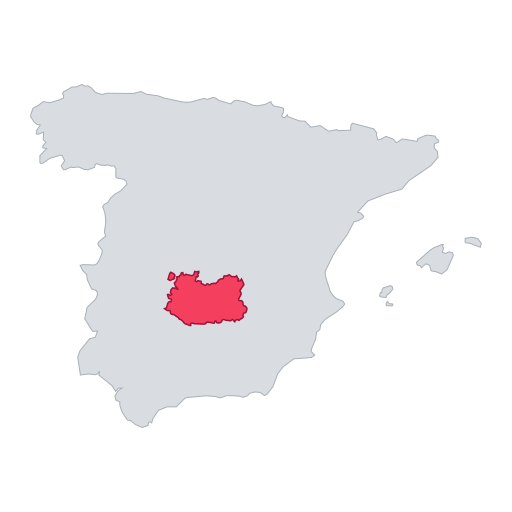 where Ciudad Real sits in Spain
{"feature_id": "ESP-5816", "entity_name": "Ciudad Real", "entity_type": "Autonomous Community", "adm_level": 1, "iso_a3": "ESP", "parent_name": "Spain", "parent_adm1": "", "projection": "albers", "projection_center": [-4.048, 38.963], "detail": "fine", "context": "in_parent", "style": "filled", "palette": "rose", "viewbox_px": 512, "rotation_deg": 0, "n_neighbors": 0, "source": "natural_earth", "source_scale": "10m", "svg_char_len": 7897}
<svg xmlns="http://www.w3.org/2000/svg" viewBox="0 0 512 512"><path d="M271.0,101.6L271.1,103.1L273.8,106.0L281.6,107.5L283.6,108.6L283.3,112.7L281.5,116.1L283.3,117.6L285.1,117.5L287.3,114.7L287.9,116.5L291.5,118.0L299.4,120.9L304.9,121.2L310.9,127.2L320.2,125.6L328.8,131.3L336.6,129.6L338.4,130.7L350.6,130.2L351.0,125.3L352.4,123.2L373.9,128.9L376.7,132.9L376.4,135.0L377.8,139.8L380.6,139.4L386.0,136.4L393.5,139.3L395.6,142.2L397.1,142.3L402.4,138.9L417.3,141.4L417.7,139.1L418.7,138.3L424.7,135.8L427.3,135.1L435.2,136.1L436.4,138.8L438.0,139.7L438.8,142.0L434.4,143.8L434.2,148.0L437.3,151.3L438.1,157.3L430.8,165.7L408.9,180.7L401.9,189.1L385.0,194.2L367.7,201.1L357.6,212.2L360.4,212.9L363.8,216.3L362.8,218.0L358.3,220.7L354.1,221.6L347.0,235.0L336.8,249.0L333.1,255.2L325.2,271.3L325.3,275.8L330.2,291.3L332.8,295.3L336.4,298.6L343.0,301.2L344.7,304.0L342.6,306.9L336.3,312.1L325.3,319.2L320.7,324.6L319.8,329.7L316.6,332.1L315.6,339.1L311.4,349.1L311.2,351.7L314.8,355.1L311.4,357.5L293.7,358.9L283.0,366.9L277.7,373.8L273.0,386.6L267.1,394.2L264.4,395.6L260.2,392.4L254.9,392.0L249.9,393.2L247.3,395.8L243.2,397.3L239.1,396.1L230.4,395.6L226.5,395.7L220.4,397.9L215.2,396.5L206.3,395.8L187.3,397.5L184.9,398.3L176.3,406.8L167.0,406.9L158.6,410.2L152.9,418.5L151.7,422.9L150.1,421.8L148.8,422.2L148.0,425.5L142.2,427.5L135.7,424.7L130.3,420.4L127.5,420.1L123.0,413.6L121.1,409.4L119.8,405.0L119.8,401.9L115.8,400.0L114.9,395.9L118.0,390.8L122.0,388.0L118.3,388.1L115.6,391.4L112.3,385.9L98.8,375.0L99.6,371.2L97.3,374.0L95.6,374.7L88.6,374.0L80.4,375.0L77.7,357.0L80.0,350.7L89.5,338.8L95.2,337.3L97.6,331.1L92.5,331.2L84.7,318.7L87.2,307.4L95.6,299.2L97.1,295.8L97.5,292.7L96.0,290.4L91.6,289.0L87.4,279.9L86.6,274.3L83.0,271.0L80.1,265.4L82.9,264.6L94.3,265.0L97.1,263.6L99.3,260.0L101.7,253.9L102.3,250.2L98.0,244.8L97.9,243.6L98.6,241.9L105.6,236.1L104.4,231.7L105.8,222.4L105.4,217.0L104.8,212.5L102.6,206.7L104.2,204.4L107.8,202.5L110.8,197.8L115.0,194.0L120.5,191.0L127.0,184.3L126.0,181.2L123.9,179.3L116.2,177.8L115.7,176.4L116.0,168.9L114.1,165.8L111.3,166.1L107.0,164.7L106.0,165.5L100.5,165.1L96.8,163.6L95.1,164.7L94.6,167.3L88.1,169.8L84.5,169.5L78.7,167.0L72.0,167.5L71.2,166.9L65.3,169.7L63.4,169.7L61.2,165.9L64.6,160.7L62.1,155.5L60.3,155.2L49.6,158.4L43.2,163.0L40.7,163.5L39.9,162.6L39.9,155.6L46.7,148.5L42.7,147.8L43.0,145.7L45.8,142.4L43.2,139.7L43.6,132.2L37.8,134.3L36.3,133.9L36.4,130.9L40.3,125.1L36.6,124.2L33.9,121.8L30.7,116.7L30.9,114.1L33.1,108.1L38.2,105.5L43.2,101.6L49.9,102.7L60.0,99.7L63.5,98.0L63.6,95.5L62.5,93.5L63.6,91.8L71.9,87.1L76.8,86.8L81.8,84.5L85.1,86.2L88.0,85.8L91.3,87.8L95.5,92.5L101.9,94.5L107.1,93.2L133.4,93.5L140.9,91.5L146.7,94.3L157.9,95.8L164.6,98.2L183.3,102.1L190.0,102.2L203.7,98.5L207.4,99.4L212.8,97.5L215.4,97.9L218.8,100.5L230.8,103.9L233.9,100.9L236.3,100.2L244.9,101.9L253.6,105.5L258.2,105.7L264.8,104.5L271.0,101.6ZM442.3,252.3L445.6,253.5L448.9,251.9L450.8,252.2L452.6,252.8L453.3,255.5L447.0,269.8L441.5,274.0L435.4,271.5L431.9,271.1L430.8,270.0L429.7,265.7L428.0,264.4L425.7,263.9L421.4,267.7L419.9,265.5L417.6,265.2L416.7,263.9L416.6,262.1L429.9,250.4L433.7,247.8L442.1,244.4L443.4,244.7L442.4,246.4L443.7,247.8L442.3,252.3ZM481.3,243.4L480.3,247.3L469.5,243.2L466.0,242.9L465.1,242.2L465.2,238.3L472.0,237.2L477.8,238.6L481.3,243.4ZM387.1,294.7L386.0,297.5L380.7,296.9L379.5,295.8L380.4,292.7L381.9,292.2L381.9,290.1L383.3,287.8L390.6,285.6L392.4,286.9L392.8,289.1L388.7,294.0L387.1,294.7ZM392.8,305.3L392.1,305.9L386.4,305.7L386.1,303.9L387.2,301.4L389.4,303.7L392.7,304.0L392.8,305.3Z" fill="#d9dde1" stroke="#a8b0b8" stroke-width="1"/><path d="M243.1,282.5L243.9,284.6L239.8,290.6L241.0,292.8L241.1,293.5L241.1,294.2L238.7,299.0L238.6,299.6L239.0,300.4L239.8,300.7L241.4,300.6L242.7,301.8L243.2,304.8L243.8,305.8L245.6,306.3L246.7,307.8L246.9,308.5L246.9,309.4L246.1,311.9L245.7,312.6L244.0,313.1L243.6,313.5L243.3,313.9L242.8,315.3L243.5,316.5L243.2,317.1L242.8,317.5L242.7,317.7L242.0,318.3L241.4,318.6L241.1,318.8L240.1,319.3L239.9,319.5L239.6,319.8L239.5,320.0L239.4,320.0L239.2,320.1L239.1,320.3L238.8,320.3L238.4,320.1L238.1,319.9L237.8,319.8L237.4,319.7L236.9,319.7L236.5,319.8L235.9,320.1L235.2,320.6L235.0,320.8L235.0,321.4L234.9,321.6L234.8,321.8L234.5,321.6L234.0,321.1L233.2,319.9L232.9,319.6L232.7,319.5L232.4,319.5L231.4,320.1L230.9,320.6L230.5,320.8L230.0,320.8L228.9,320.5L226.5,320.4L225.8,320.2L225.2,320.0L224.5,319.7L224.1,319.6L223.6,319.6L222.8,319.7L222.3,320.0L222.0,320.3L221.9,320.6L221.8,320.9L221.8,321.2L221.6,321.5L221.1,322.1L220.3,322.6L219.4,322.9L219.0,323.0L218.6,323.0L218.0,323.0L216.8,322.7L216.6,322.5L216.5,322.2L216.4,321.9L216.3,321.6L216.2,321.3L216.0,321.1L215.6,321.0L215.2,321.1L214.8,321.3L214.7,321.7L214.6,322.7L214.4,322.9L214.2,323.1L213.8,323.2L213.4,323.2L211.6,322.8L210.9,322.7L210.0,322.3L209.7,322.3L209.2,322.5L208.6,322.3L208.3,322.1L207.9,322.1L207.3,322.1L206.9,322.3L206.3,322.6L206.1,323.0L205.8,323.6L205.1,323.9L203.9,324.1L194.1,323.7L192.8,323.2L192.1,323.1L191.4,323.2L191.1,323.2L190.8,323.5L190.7,323.8L190.7,325.5L190.2,325.5L189.8,325.5L187.5,324.6L187.1,324.5L186.2,324.2L184.7,323.5L184.3,323.2L184.0,322.8L183.3,321.9L182.3,320.8L181.4,320.0L180.9,319.8L180.5,319.4L180.0,319.3L179.7,319.3L179.4,319.2L179.1,319.0L178.8,318.6L178.7,318.2L178.4,317.8L177.2,316.8L176.6,316.6L175.9,316.2L175.8,315.9L175.5,315.6L175.1,315.3L173.7,314.6L173.3,314.5L172.6,314.5L172.1,314.4L171.6,314.2L170.9,313.7L170.5,313.2L170.4,312.8L170.3,312.1L170.3,311.8L170.2,311.1L170.1,310.8L169.8,310.6L168.8,310.6L168.4,310.7L167.6,310.6L166.5,310.1L164.5,308.6L165.0,308.4L165.4,308.3L165.7,308.3L165.9,308.3L166.1,308.2L166.4,307.7L166.8,306.8L167.6,303.8L167.8,303.3L168.3,302.4L168.6,302.1L168.8,301.9L169.1,301.7L169.4,301.6L169.8,301.6L170.7,301.7L171.0,301.7L171.3,300.5L171.5,299.9L171.4,299.4L171.1,299.1L170.2,298.9L168.8,298.5L168.6,298.3L168.5,298.0L168.4,297.7L168.3,297.3L168.3,297.0L168.3,296.7L168.2,296.6L167.8,296.2L167.8,295.9L167.7,295.6L167.6,295.3L167.5,294.9L167.5,294.7L167.8,294.4L168.1,294.3L168.4,294.4L168.7,294.5L169.5,295.0L170.1,295.3L170.5,295.2L170.8,295.1L171.6,294.6L171.7,294.3L171.6,293.9L171.4,293.7L170.8,293.3L170.6,293.1L170.5,292.6L170.5,292.0L170.9,290.2L171.1,289.7L171.2,289.4L171.5,289.2L171.9,288.7L172.2,288.4L172.4,288.1L172.6,287.9L172.9,287.9L173.5,288.1L173.8,288.1L174.1,288.1L174.7,288.0L175.3,288.1L175.6,288.2L175.9,288.4L177.1,289.0L177.7,289.1L177.3,288.3L176.3,287.1L175.9,286.8L175.7,286.5L175.7,286.3L175.1,285.2L174.5,283.6L174.4,283.2L174.4,282.8L174.6,282.4L174.9,282.3L175.3,282.2L175.6,282.0L175.9,281.6L176.4,280.0L177.0,279.1L177.1,278.3L176.6,276.9L179.1,276.7L179.3,276.0L179.7,275.5L180.3,275.0L180.9,274.8L181.0,273.7L181.3,273.0L181.9,272.6L182.8,272.6L183.2,274.6L183.6,275.0L184.0,275.3L184.4,275.4L184.8,275.2L185.0,275.0L185.2,274.6L185.4,274.4L185.7,274.3L191.9,275.7L193.6,274.8L194.8,271.4L196.0,271.9L198.8,271.4L198.8,271.8L198.9,272.7L198.8,273.0L198.4,273.4L198.0,273.5L197.6,273.8L197.5,274.3L197.6,274.6L198.0,275.1L198.2,275.5L198.1,275.9L198.0,276.3L197.5,276.9L196.2,276.7L195.8,278.8L195.3,280.2L195.2,280.6L195.4,281.0L196.2,281.6L196.6,281.7L196.9,281.6L197.7,280.7L201.1,281.3L201.3,283.6L203.5,284.4L204.4,285.2L205.6,285.4L206.5,284.3L207.1,283.9L207.7,283.8L209.2,284.9L209.7,284.9L211.2,283.8L214.3,283.2L215.4,283.6L218.0,281.6L218.3,280.3L220.7,278.9L222.6,278.9L223.1,278.6L223.4,278.0L223.9,276.3L224.2,275.9L227.9,275.8L228.0,275.2L229.4,274.8L231.9,276.8L233.5,276.5L235.0,277.0L236.6,275.8L237.4,277.6L238.7,279.3L237.8,280.4L238.3,281.1L240.1,280.9L241.5,279.0L243.1,282.5ZM170.8,272.2L173.8,273.8L174.5,274.6L174.8,275.1L174.9,275.6L174.1,277.6L174.5,278.3L174.0,278.9L173.7,279.0L172.4,279.4L171.7,279.8L171.4,279.9L171.2,280.0L170.2,280.5L168.0,279.4L169.6,273.9L170.5,272.4L170.8,272.2Z" fill="#f43f5e" stroke="#9f1239" stroke-width="1.5"/></svg>